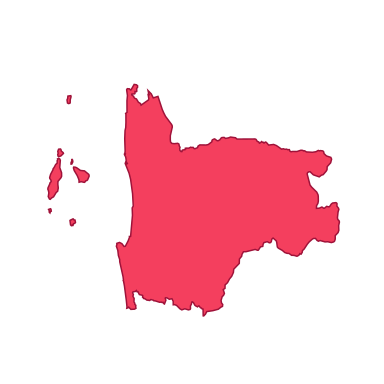 the district of Suk Samran, Ranong, Thailand, rotated 346°
{"feature_id": "78962969B98614322504757", "entity_name": "Suk Samran", "entity_type": "district", "adm_level": 2, "iso_a3": "THA", "parent_name": "Thailand", "parent_adm1": "Ranong", "projection": "robinson", "projection_center": [98.475, 9.438], "detail": "fine", "context": "isolated", "style": "filled", "palette": "rose", "viewbox_px": 384, "rotation_deg": 346, "n_neighbors": 0, "source": "geoboundaries", "source_scale": "gbopen_adm2", "svg_char_len": 5996}
<svg xmlns="http://www.w3.org/2000/svg" viewBox="0 0 384 384"><g transform="rotate(346 192 192)"><path d="M315.0,274.8L317.4,274.7L318.5,274.1L319.6,272.3L320.4,269.0L323.9,266.7L325.2,264.7L326.2,260.0L327.8,256.8L327.7,255.4L326.8,253.9L326.9,252.1L328.9,246.7L330.3,244.4L330.2,243.1L329.2,240.8L329.9,238.3L329.6,237.6L329.0,237.1L325.7,236.7L324.2,237.4L321.9,239.5L320.9,239.4L319.2,238.5L316.5,239.8L315.8,239.6L314.8,238.3L314.2,238.0L311.6,238.5L308.8,238.0L309.5,235.5L311.4,233.5L312.4,231.4L313.5,226.6L313.6,225.1L313.0,222.3L309.2,216.1L308.2,213.7L308.1,202.7L308.3,201.8L309.0,201.1L310.2,200.7L311.5,200.9L313.9,204.7L319.1,208.1L321.6,207.0L323.5,206.9L327.3,204.2L328.4,203.0L329.3,200.1L333.6,197.2L335.4,193.9L335.1,192.0L331.3,189.6L330.7,188.8L329.4,186.7L329.5,184.9L328.9,183.8L326.7,182.9L325.5,182.9L324.6,182.2L322.0,182.9L318.5,182.6L312.7,180.8L311.3,179.3L310.0,179.0L309.5,178.4L307.8,177.8L303.6,178.1L299.4,177.0L297.8,176.9L296.9,176.1L296.7,174.4L295.1,174.1L294.2,173.3L292.6,173.1L291.0,172.1L289.3,172.1L285.2,167.4L282.7,165.6L277.7,165.0L276.6,162.7L275.7,161.4L275.2,161.3L273.7,161.9L273.1,160.9L272.3,160.8L271.8,159.9L270.1,160.8L269.2,160.9L268.9,159.6L267.6,158.7L266.9,156.5L266.0,155.8L248.7,151.6L248.1,151.1L247.4,149.9L242.7,148.0L240.4,148.3L237.5,148.1L236.4,146.8L234.2,146.4L233.3,146.7L231.6,148.1L229.6,148.6L228.7,148.2L226.9,146.0L226.3,145.9L224.4,146.3L223.9,146.8L223.4,148.1L219.2,149.9L217.0,149.8L211.0,148.2L209.0,148.9L208.1,150.3L205.5,150.7L204.7,150.5L203.8,148.9L202.6,148.8L201.6,148.2L199.4,148.7L197.0,148.0L196.7,148.4L196.1,148.0L195.5,149.2L192.9,149.0L192.3,149.5L192.1,150.3L191.2,150.2L190.3,148.7L190.6,146.7L191.2,145.7L190.8,144.3L190.9,142.3L189.9,141.3L186.4,140.8L184.1,139.9L183.3,138.3L183.6,136.0L184.6,132.1L188.6,124.2L188.8,123.0L188.6,121.7L184.6,112.2L183.7,108.3L183.1,104.7L182.1,91.0L177.2,91.3L176.2,86.9L173.9,83.0L173.8,86.6L174.0,87.3L173.5,87.5L173.3,86.6L173.0,86.6L172.7,90.9L172.1,92.1L163.6,95.4L163.4,93.7L161.7,91.9L160.6,88.3L159.0,87.1L158.5,86.0L158.6,85.1L157.2,83.6L157.1,82.8L157.3,82.4L160.1,82.9L160.6,82.4L161.0,80.7L162.4,81.2L162.8,80.9L163.3,78.2L164.5,77.3L164.9,75.7L164.0,74.5L161.9,73.6L157.6,78.1L156.9,78.0L156.3,76.8L154.3,76.1L153.8,76.4L153.3,77.0L152.7,82.8L151.0,87.6L148.2,99.0L146.6,99.7L146.7,100.5L144.7,108.6L143.3,113.4L141.9,116.2L139.6,124.1L137.0,136.2L136.2,138.2L136.6,138.8L136.4,139.1L135.7,138.8L135.5,139.3L136.1,141.8L136.0,143.8L135.6,146.4L135.7,147.9L135.1,148.5L136.8,148.6L135.0,149.1L134.3,148.6L134.3,147.8L134.1,148.1L135.5,158.6L135.5,164.8L133.9,179.4L131.6,191.4L130.1,193.0L128.6,200.2L121.7,220.2L120.5,220.0L120.4,220.8L118.1,224.1L114.2,228.5L112.9,228.4L111.5,225.2L109.5,223.4L106.7,223.6L106.4,224.1L106.5,224.7L105.5,226.3L105.9,230.7L105.2,235.9L105.5,239.9L105.0,242.3L104.6,257.6L104.2,260.8L103.8,261.2L104.0,262.1L103.7,266.9L102.1,280.8L101.1,287.9L100.6,289.0L102.0,288.9L102.7,288.4L104.3,291.1L107.9,291.8L109.5,291.3L109.6,289.8L110.1,288.3L109.3,287.2L109.6,286.1L109.1,284.6L110.1,281.2L109.4,278.8L110.3,277.5L110.0,275.4L110.7,274.6L113.0,274.8L114.2,274.1L114.6,275.6L115.4,275.6L116.1,278.8L118.7,280.1L119.1,280.6L118.6,282.2L119.3,282.8L119.2,283.6L120.6,284.3L122.2,286.1L123.3,286.3L124.2,286.9L124.9,287.0L125.7,286.4L126.5,286.6L128.4,287.7L128.7,288.4L129.7,288.6L133.8,291.1L135.8,291.5L136.3,292.1L137.2,292.0L137.7,293.6L138.2,294.0L140.5,290.7L140.3,288.7L140.5,288.3L141.1,288.2L142.4,288.9L144.0,290.6L146.7,290.7L147.3,293.5L146.5,296.9L148.1,297.2L149.6,298.3L152.1,302.5L153.6,303.9L156.8,303.6L160.0,305.5L161.7,305.5L162.3,304.9L162.9,302.2L164.3,300.7L165.2,298.7L165.9,298.7L166.7,299.8L167.3,302.4L168.0,303.4L169.6,304.8L170.7,304.1L171.2,304.2L172.3,306.5L173.1,306.9L173.5,307.9L174.4,308.3L172.9,314.9L173.4,315.1L175.6,313.7L177.4,311.6L183.6,312.2L189.2,312.1L192.6,310.6L193.9,310.4L194.6,308.6L193.8,306.8L194.0,304.2L196.0,300.8L197.5,300.0L198.9,298.3L198.7,294.2L200.7,293.5L201.6,290.2L204.5,288.6L207.4,285.4L210.1,283.4L212.7,280.1L213.8,277.0L220.6,272.7L221.8,268.5L224.7,266.3L225.4,264.6L227.5,262.4L229.9,263.0L239.4,263.0L241.5,264.4L242.3,264.5L245.2,261.8L247.5,261.9L248.3,260.0L249.5,258.5L253.0,258.4L254.7,260.0L256.0,260.1L256.9,259.4L258.0,257.1L259.5,256.3L261.9,259.7L262.0,261.4L261.5,266.0L262.2,267.4L265.5,270.5L267.4,273.2L269.4,274.5L271.3,275.1L273.3,277.5L275.7,278.2L278.0,279.6L278.9,279.7L281.1,278.8L281.7,277.9L282.8,278.7L284.3,277.3L285.0,275.6L287.0,274.5L291.3,270.5L293.6,268.8L297.2,266.9L298.6,266.5L300.6,266.9L301.6,269.2L302.7,270.3L304.6,270.1L309.0,272.6L311.7,273.1L315.0,274.8ZM52.7,164.8L54.3,163.8L56.5,163.2L60.1,159.6L61.8,158.8L63.2,155.8L63.7,152.0L64.5,149.3L68.3,146.5L69.3,145.2L70.1,141.8L69.6,136.3L71.9,129.4L71.7,128.0L71.1,127.4L69.6,127.3L69.6,128.0L68.8,128.9L68.2,131.3L66.3,132.4L64.2,134.8L62.9,135.8L62.3,137.0L59.1,140.6L57.4,143.5L57.3,144.5L58.0,146.4L57.9,147.8L56.4,148.8L55.9,149.8L53.3,153.1L52.8,154.4L53.0,156.0L52.9,158.2L51.4,161.7L52.0,164.4L52.7,164.8ZM93.7,154.9L96.0,151.8L96.2,150.6L96.0,149.8L92.8,145.5L89.0,144.1L85.9,140.5L84.6,139.6L83.2,139.2L82.8,139.9L82.9,142.7L84.6,148.3L85.1,151.5L85.2,153.2L84.8,155.2L87.0,155.2L89.8,156.6L90.4,156.5L91.5,155.5L92.9,155.4L93.7,154.9ZM71.0,125.5L73.5,125.3L76.6,123.5L76.5,122.6L75.1,120.7L75.1,118.9L74.7,118.4L72.9,118.2L71.6,120.1L71.5,122.1L70.8,123.1L70.7,124.7L71.0,125.5ZM70.3,189.4L69.4,189.3L68.5,189.7L67.2,189.8L66.7,190.1L66.2,194.5L66.8,195.5L67.7,195.2L67.7,195.6L68.4,195.7L69.4,194.0L70.6,194.1L71.6,193.3L71.7,190.9L70.8,190.6L70.3,189.4ZM97.7,69.2L94.8,68.9L94.0,71.1L93.0,72.4L92.7,75.5L93.5,76.3L94.9,76.4L95.4,75.9L96.2,73.0L97.7,70.3L97.7,69.2ZM50.6,174.0L48.6,174.2L49.1,176.1L48.6,176.6L48.6,177.1L49.1,178.0L49.8,176.9L50.8,176.6L51.0,174.5L50.6,174.0ZM82.1,135.8L83.7,133.9L83.6,133.3L83.9,132.3L83.6,131.4L83.2,131.4L83.0,132.6L81.6,134.5L81.4,135.7L82.1,135.8Z" fill="#f43f5e" stroke="#9f1239" stroke-width="1.5"/></g></svg>